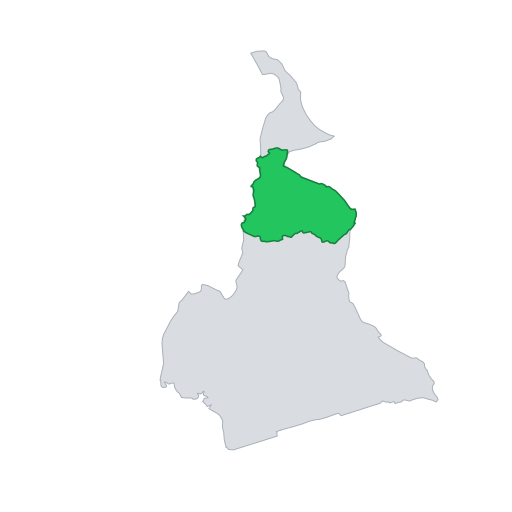 where Nord sits in Cameroon, rotated 342°
{"feature_id": "CMR-1483", "entity_name": "Nord", "entity_type": "Province", "adm_level": 1, "iso_a3": "CMR", "parent_name": "Cameroon", "parent_adm1": "", "projection": "orthographic", "projection_center": [13.766, 8.625], "detail": "fine", "context": "in_parent", "style": "filled", "palette": "green", "viewbox_px": 512, "rotation_deg": 342, "n_neighbors": 0, "source": "natural_earth", "source_scale": "10m", "svg_char_len": 7676}
<svg xmlns="http://www.w3.org/2000/svg" viewBox="0 0 512 512"><g transform="rotate(342 256 256)"><path d="M126.4,344.7L127.5,342.1L134.9,329.7L139.6,309.9L141.7,305.2L143.9,302.1L154.6,291.6L158.6,288.3L164.4,284.5L168.5,276.7L169.9,275.9L171.7,275.3L180.9,268.8L181.7,270.1L182.3,271.6L183.0,272.4L185.9,272.9L190.0,272.9L192.3,272.5L193.6,271.1L194.9,267.5L195.6,266.8L196.6,266.6L201.0,269.2L208.3,276.5L210.2,277.8L211.0,279.2L212.5,285.8L213.4,287.5L215.0,288.1L217.9,287.7L220.8,286.6L223.5,284.9L226.1,282.8L227.8,280.8L228.6,279.4L229.0,274.0L229.6,272.8L239.2,265.1L238.9,264.4L237.4,262.2L236.0,259.7L237.4,257.3L238.9,255.4L244.5,248.9L244.8,244.2L249.3,236.9L251.8,227.2L251.9,225.3L257.7,214.6L263.8,213.6L266.1,212.1L268.8,209.5L270.5,207.0L271.4,204.7L272.0,200.1L273.1,195.0L273.7,190.4L275.6,186.2L278.6,184.1L283.9,182.4L284.7,181.5L285.4,178.8L286.2,169.5L287.1,165.4L292.0,160.8L294.1,153.5L296.0,145.9L301.6,136.8L308.0,127.7L311.0,125.2L313.5,124.1L316.4,124.0L318.4,123.3L325.4,118.7L328.3,117.2L330.4,115.6L330.9,114.2L331.1,112.2L330.4,107.5L331.6,104.1L332.3,98.7L332.6,94.6L332.3,93.1L331.0,90.7L328.9,88.1L325.5,86.5L320.7,86.1L318.2,85.2L317.3,80.4L316.9,77.4L313.7,61.5L319.7,61.5L327.0,63.4L328.8,64.8L329.8,70.3L332.4,73.3L337.0,75.9L339.9,81.1L341.0,89.0L343.6,93.8L344.2,94.5L347.8,103.5L348.0,107.6L347.7,110.4L349.2,113.9L347.0,119.8L346.4,123.4L346.2,128.5L347.5,137.5L349.7,144.4L352.0,150.0L354.6,154.3L358.8,159.1L363.2,163.5L367.4,166.2L363.6,167.9L356.1,168.1L351.9,167.2L349.8,167.1L347.8,167.7L339.8,168.6L331.8,168.2L324.4,167.1L319.9,167.3L316.4,170.0L313.6,174.0L310.9,177.2L311.8,180.7L313.8,182.6L317.7,186.9L321.1,191.1L322.9,193.9L329.8,199.9L336.5,205.4L339.6,207.3L340.8,207.7L344.4,210.8L349.4,215.9L354.1,223.9L360.6,240.0L362.0,241.3L364.2,242.2L364.5,243.9L364.3,246.4L363.7,248.4L358.5,256.9L354.0,260.1L352.7,262.1L351.0,267.0L346.9,276.5L345.1,277.9L341.0,284.4L337.7,292.6L336.9,293.8L335.5,294.8L330.8,296.9L329.2,297.9L326.7,300.4L326.4,302.1L327.5,304.4L328.9,306.2L331.4,306.3L332.7,308.0L332.8,320.6L331.6,322.5L331.7,323.4L331.1,325.5L330.9,328.0L331.3,328.9L332.3,329.7L333.6,331.4L334.3,335.3L335.9,348.9L336.7,351.1L338.0,352.6L342.2,355.5L346.6,359.4L348.0,361.9L348.9,366.0L350.6,369.2L350.5,370.3L349.8,370.8L347.1,371.0L348.0,373.4L350.3,377.5L361.6,390.1L372.4,401.2L374.9,402.0L376.8,402.3L377.6,403.0L378.6,404.6L382.2,408.6L382.9,411.0L382.1,413.2L382.9,416.7L383.6,418.0L383.4,419.1L383.7,423.4L384.8,427.1L386.4,430.3L386.1,432.5L384.1,433.8L382.9,435.9L382.5,438.8L383.1,442.3L384.7,446.4L384.8,448.9L382.2,450.5L379.3,447.7L376.1,445.8L371.3,442.5L366.5,441.3L360.2,441.1L357.5,441.5L352.9,438.8L351.4,438.5L349.4,439.6L347.9,439.6L346.2,439.2L342.6,439.3L342.3,437.3L341.7,437.0L337.9,437.2L336.7,435.5L336.2,435.7L334.7,435.2L331.6,433.0L328.3,434.5L321.6,434.3L287.6,434.2L286.8,432.1L285.1,431.0L282.1,430.9L273.1,431.3L266.2,431.0L261.5,430.1L255.8,429.6L248.7,430.0L241.4,429.9L228.4,429.3L221.2,429.3L221.4,430.6L220.9,431.5L220.5,433.8L174.5,433.4L170.7,431.8L169.6,430.8L169.2,428.9L168.4,428.7L169.1,420.7L170.7,414.1L171.3,407.9L173.5,402.4L172.4,396.9L171.1,394.5L164.1,386.7L167.3,383.8L163.1,384.1L162.3,381.3L160.2,377.8L161.5,377.2L162.7,375.3L166.5,376.0L166.4,375.0L163.1,372.1L163.4,370.6L164.8,369.0L164.1,368.3L161.8,370.0L160.1,369.9L158.8,368.8L157.8,368.6L158.4,370.8L157.1,372.8L155.8,373.5L153.7,373.3L151.9,372.8L151.5,371.7L149.8,370.8L145.2,369.3L141.4,367.5L140.6,362.8L139.1,360.7L138.5,358.4L138.1,355.8L138.7,351.7L137.7,351.1L136.6,350.8L134.9,351.0L133.4,350.8L131.6,348.5L130.0,347.6L130.9,351.8L129.8,352.9L127.0,352.5L125.8,351.0L125.6,349.8L126.9,344.8L126.4,344.7Z" fill="#d9dde1" stroke="#a8b0b8" stroke-width="1"/><path d="M318.3,167.3L317.8,167.4L317.5,167.5L317.4,167.7L317.4,168.1L317.3,168.4L315.7,171.7L314.7,173.1L311.9,175.6L309.9,178.5L309.9,179.0L312.9,181.4L322.5,192.5L322.9,194.0L323.5,195.1L331.0,201.1L338.5,207.2L339.1,207.3L339.4,207.2L339.7,207.2L340.0,207.2L340.3,207.2L340.8,207.5L342.1,208.5L342.4,208.8L342.6,209.2L342.8,209.4L343.0,209.5L343.3,209.7L343.5,210.0L343.8,210.9L343.9,211.3L343.9,211.6L344.0,211.8L344.4,212.0L345.7,212.2L346.6,212.4L347.3,212.9L347.8,213.6L349.3,216.0L351.2,217.9L351.7,218.6L352.7,220.5L357.3,230.3L359.4,237.6L360.5,240.4L362.1,241.6L362.9,241.6L363.9,241.8L364.7,242.0L364.7,245.5L364.2,247.5L363.3,249.4L361.9,251.2L361.7,251.7L359.9,254.2L359.7,254.7L360.4,255.3L360.3,255.8L360.2,255.8L359.5,255.9L359.3,255.9L359.1,256.1L358.8,256.7L358.7,256.9L357.1,258.1L354.5,259.6L354.0,260.0L353.9,260.0L353.6,259.9L353.3,259.8L352.8,259.8L352.3,260.0L351.5,260.5L349.4,262.3L348.9,262.6L348.4,262.8L347.6,262.9L347.1,262.9L346.6,263.0L346.0,263.2L339.0,266.3L336.4,267.8L336.0,268.0L335.6,268.2L335.2,268.3L334.8,268.4L334.4,268.3L334.0,268.2L333.6,268.0L333.3,267.8L332.8,267.0L330.7,266.6L329.9,265.3L329.7,264.9L329.4,264.4L329.0,263.9L328.4,263.6L328.0,263.4L327.5,263.4L325.1,263.6L324.2,263.6L323.8,263.5L323.4,263.3L323.2,263.0L323.1,262.5L323.2,262.0L323.3,261.6L323.2,259.7L322.6,258.6L322.1,258.2L321.7,257.9L321.1,257.5L319.3,255.5L318.7,254.4L318.6,253.9L318.4,253.6L318.0,253.2L316.6,252.1L316.4,251.9L316.2,251.6L316.1,251.3L315.8,250.0L315.6,249.8L315.2,249.6L309.3,249.0L308.4,248.8L308.1,248.4L307.8,248.1L307.8,246.6L307.4,246.2L307.0,246.2L306.2,246.2L302.3,247.1L301.9,247.1L301.5,247.1L300.7,246.8L300.2,246.8L299.6,246.9L299.1,247.1L298.3,247.6L297.9,247.8L296.7,248.2L296.4,248.4L295.9,248.9L295.6,249.1L295.1,249.0L293.4,247.8L292.6,247.5L292.0,247.2L291.5,246.6L291.1,246.2L290.2,245.5L287.8,245.0L287.5,245.2L287.2,245.6L286.9,246.0L286.8,246.3L286.7,246.7L286.6,248.0L286.4,248.4L284.6,248.4L283.6,248.5L282.8,248.7L282.1,248.9L281.6,248.8L281.1,248.7L278.2,247.1L277.7,247.0L272.3,246.2L269.5,245.4L269.0,244.9L268.1,244.4L267.8,244.4L267.3,244.3L266.5,244.0L266.1,243.7L265.8,243.4L265.5,242.8L265.5,241.8L265.4,241.0L265.5,240.6L265.7,240.4L265.9,240.0L265.9,239.7L265.9,239.3L265.1,238.1L264.8,237.8L264.3,237.6L263.8,237.6L262.6,237.5L261.7,237.4L261.0,237.2L260.2,236.8L253.7,230.8L252.3,228.9L251.9,228.5L252.0,228.2L252.1,227.5L251.5,224.8L251.4,223.2L251.7,221.7L252.5,220.6L253.2,220.3L254.5,220.5L255.2,220.4L255.7,220.1L255.9,219.8L256.1,219.3L256.4,219.0L257.4,218.3L257.7,218.0L257.7,217.0L257.6,216.5L256.8,214.6L256.5,214.1L257.5,214.4L258.0,214.5L258.4,214.4L259.0,214.2L259.3,213.9L259.8,213.7L260.4,213.6L260.8,213.8L261.9,214.3L262.4,214.4L262.9,214.3L266.4,212.4L267.0,211.8L267.5,210.7L267.8,209.7L268.1,209.3L268.4,209.1L268.9,209.1L269.3,209.2L269.8,209.2L270.2,209.0L271.0,208.0L271.3,206.6L272.1,200.1L271.9,198.9L271.9,197.5L272.6,195.9L274.2,193.0L274.4,192.5L274.5,191.8L274.5,190.5L274.3,189.4L273.9,188.8L273.0,188.6L272.8,188.5L273.1,187.9L273.3,187.7L275.3,186.8L275.5,186.6L275.9,186.2L276.9,184.9L277.4,184.6L279.7,183.6L282.3,183.2L284.5,182.3L285.5,179.9L285.7,177.6L286.1,175.3L286.4,174.5L286.7,174.0L286.8,173.4L286.5,172.6L285.5,171.6L285.1,171.1L285.1,170.3L285.3,169.6L286.1,168.3L286.3,167.5L286.2,166.9L285.7,165.8L285.7,165.1L286.3,163.9L287.5,163.5L290.1,163.2L290.7,162.9L291.2,162.6L291.3,162.9L292.0,164.0L292.3,164.3L292.7,164.5L293.1,164.5L294.8,164.0L296.0,164.0L296.7,164.1L297.2,163.9L298.0,163.5L300.1,162.8L300.5,162.6L300.7,162.2L300.5,161.9L300.0,161.1L299.9,160.7L299.9,160.4L300.1,160.0L300.3,159.6L300.9,159.1L301.4,158.9L301.9,158.9L304.0,159.3L305.3,159.5L306.7,159.3L307.4,159.4L309.2,159.7L310.3,160.1L310.8,160.4L311.6,161.6L311.8,161.8L312.8,162.5L313.5,163.5L314.5,163.7L315.1,163.7L318.2,164.6L318.5,165.2L318.2,167.3L318.3,167.3L318.3,167.3Z" fill="#22c55e" stroke="#15803d" stroke-width="1.5"/></g></svg>